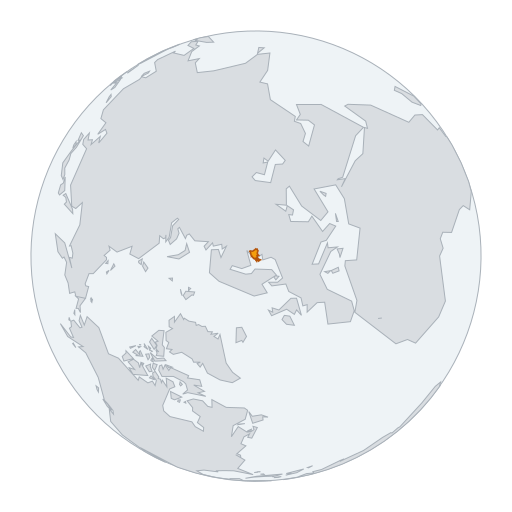 globe centered on Estonia, rotated 245°
{"feature_id": "EST", "entity_name": "Estonia", "entity_type": "country or territory", "adm_level": 0, "iso_a3": "EST", "parent_name": "Europe", "parent_adm1": "", "projection": "orthographic", "projection_center": [24.591, 58.582], "detail": "fine", "context": "on_globe", "style": "filled", "palette": "amber", "viewbox_px": 512, "rotation_deg": 245, "n_neighbors": 0, "source": "natural_earth", "source_scale": "50m", "svg_char_len": 12909}
<svg xmlns="http://www.w3.org/2000/svg" viewBox="0 0 512 512"><g transform="rotate(245 256 256)"><circle cx="256" cy="256" r="225" fill="#eef3f6" stroke="#a8b0b8"/><path d="M52.0,160.4L52.8,158.7L56.5,151.4L64.9,136.7L74.4,122.7L85.0,109.4L96.5,96.9L98.3,95.1L131.3,70.1L107.1,86.9L115.9,79.6L126.9,71.7L125.6,72.9L139.4,65.2L150.2,59.3L167.5,54.4L179.3,58.3L172.9,60.0L176.4,61.1L184.7,59.2L189.3,57.7L212.7,61.7L240.2,60.8L248.6,56.8L247.0,61.0L262.6,51.3L277.4,50.1L260.9,53.9L259.3,56.2L269.4,56.4L269.9,58.9L275.1,60.6L274.9,63.7L265.3,66.1L265.0,68.2L272.1,68.3L276.4,71.7L266.0,71.2L272.4,77.3L257.5,83.3L229.7,81.0L221.5,88.2L193.1,96.7L195.8,99.1L186.7,104.4L186.4,109.2L181.2,109.8L185.5,113.2L190.3,111.8L193.7,112.9L194.0,115.8L187.4,116.8L186.4,115.6L184.6,117.4L181.2,116.8L183.0,118.7L175.0,119.9L183.2,123.0L177.1,127.6L171.8,127.2L172.0,121.6L160.0,108.3L154.6,106.9L146.8,110.2L132.8,127.8L127.0,128.8L119.4,134.3L122.7,136.1L129.8,132.5L134.1,137.6L142.4,133.0L145.3,134.5L153.9,132.4L152.9,138.8L147.3,146.4L140.1,148.7L137.4,152.2L144.5,155.3L131.4,165.0L123.2,181.2L119.7,183.2L112.6,177.2L111.9,163.6L102.6,157.3L108.9,167.8L100.2,173.4L98.9,177.1L99.5,180.8L102.9,181.3L100.0,184.7L92.7,175.2L95.2,171.9L97.5,174.9L97.2,168.7L92.2,163.0L88.2,166.6L84.9,155.2L82.0,157.8L79.6,157.0L84.5,153.6L75.7,159.7L71.2,149.7L59.1,161.0L70.7,145.1L74.6,137.2L78.3,128.9L76.3,130.5L84.0,118.3L86.3,111.6L80.3,115.8L72.3,125.8L64.4,138.3L65.2,138.4L61.2,146.9L57.3,150.1L49.3,167.8L46.2,173.8L45.7,175.2L52.0,160.4ZM41.8,186.2L40.6,190.0L37.7,200.7L38.0,202.3L37.4,210.0L34.9,216.7L36.5,216.4L34.8,225.3L35.1,245.8L34.4,245.7L34.3,271.3L38.1,294.1L38.9,303.6L38.1,304.4L40.3,312.0L40.4,314.2L52.8,344.3L62.1,363.4L63.8,370.1L60.0,366.8L60.9,368.6L53.4,354.5L46.9,339.9L41.5,324.9L37.2,309.6L33.9,293.9L31.8,278.1L30.8,262.2L30.9,246.2L32.2,230.3L34.6,214.5L38.1,198.9L38.6,197.0L40.2,191.3L40.3,191.2L41.8,186.2ZM56.1,163.5L47.2,187.8L49.0,177.4L49.2,178.6L52.2,171.6L56.5,160.7L59.0,152.5L56.1,163.5ZM59.2,166.5L60.5,162.8L59.7,166.0L59.2,166.5ZM191.2,56.7L184.8,58.9L177.1,59.9L182.4,57.7L191.2,56.7ZM205.9,56.2L203.0,57.6L199.3,55.7L202.1,55.5L205.9,56.2ZM254.4,53.6L249.1,54.0L254.1,52.8L254.4,53.6ZM275.9,60.3L277.2,59.4L279.4,60.7L275.9,60.3ZM153.9,129.0L153.9,130.7L152.3,130.2L153.9,129.0ZM157.6,126.6L155.7,124.9L157.2,123.5L158.4,124.6L157.6,126.6ZM281.0,66.7L284.0,69.1L279.3,67.0L281.0,66.7ZM159.5,129.1L160.1,121.4L162.8,119.0L169.3,121.3L159.5,129.1ZM284.6,70.8L292.1,77.1L295.6,75.7L289.7,83.6L285.3,75.5L278.9,73.0L283.6,72.8L284.6,70.8ZM191.7,110.2L186.6,111.8L190.6,107.9L191.7,110.2ZM193.4,107.4L200.7,94.5L208.4,93.8L204.4,98.1L214.1,95.4L214.2,101.4L208.9,104.2L203.9,103.4L207.8,106.4L193.4,107.4ZM285.2,87.2L285.5,89.2L283.3,87.6L285.2,87.2ZM195.4,113.1L196.2,110.4L202.9,109.6L202.6,114.8L200.5,113.4L195.4,113.1ZM216.6,91.9L221.5,92.3L223.0,97.2L225.1,98.1L214.9,101.5L216.6,91.9ZM199.1,115.0L202.2,117.5L199.3,120.5L195.1,115.7L199.1,115.0ZM204.8,107.2L208.0,107.1L206.1,108.9L204.8,107.2ZM190.7,133.1L191.5,129.7L195.0,128.9L190.7,133.1ZM203.5,118.2L204.5,117.2L206.0,116.6L207.4,118.8L203.5,118.2ZM216.6,104.8L216.2,106.8L220.9,103.7L222.1,107.4L215.1,109.0L218.7,109.9L219.1,111.1L212.9,111.1L216.6,104.8ZM213.2,119.3L204.8,123.0L202.5,129.3L199.2,130.2L203.5,119.8L213.2,119.3ZM213.6,114.5L212.6,117.6L209.1,116.9L207.6,114.3L213.6,114.5ZM225.5,109.4L225.4,103.2L226.9,103.1L225.5,109.4ZM213.3,121.2L215.3,120.3L213.5,121.8L213.3,121.2ZM222.6,113.1L222.3,110.9L224.0,110.8L222.6,113.1ZM219.6,120.4L216.9,121.6L215.7,119.8L219.6,120.4ZM221.5,117.2L224.0,117.6L217.0,118.5L221.1,116.2L221.5,117.2ZM224.3,113.4L225.2,112.6L224.1,114.4L224.3,113.4ZM225.5,126.7L216.9,128.2L214.4,124.2L223.1,123.2L225.5,126.7ZM233.7,480.2L223.3,478.3L207.6,469.2L214.1,465.1L212.1,459.9L194.7,443.2L198.6,435.3L193.8,430.3L184.0,428.9L178.4,422.4L172.5,420.5L135.1,408.6L123.6,395.8L109.6,363.8L116.3,358.0L117.3,345.7L163.2,321.8L173.1,328.7L209.4,332.3L214.0,335.0L209.9,345.6L237.3,362.1L245.9,353.6L270.6,360.3L286.8,358.3L292.2,337.0L265.6,339.9L260.8,329.7L282.0,318.5L305.2,315.8L304.1,311.8L289.2,305.0L294.4,296.0L284.0,301.9L288.4,305.6L282.0,309.5L277.7,306.4L279.7,303.2L272.6,302.1L264.9,317.9L268.5,323.5L250.1,326.7L254.3,336.5L249.4,340.9L240.5,326.3L241.2,320.8L224.8,303.4L222.4,309.4L237.7,326.3L233.0,324.8L229.8,333.6L228.5,325.7L212.4,306.2L195.7,306.5L174.7,323.6L164.9,321.9L156.6,313.8L163.9,292.4L185.1,298.7L187.9,291.7L183.5,278.6L190.3,281.8L191.0,277.4L199.0,279.1L210.0,270.7L218.0,271.2L222.2,257.7L226.9,256.3L223.1,264.5L224.8,270.8L244.7,271.9L248.5,269.1L249.6,260.5L255.0,262.1L253.5,253.6L264.9,250.0L249.7,247.4L250.6,237.8L257.3,230.4L254.9,226.9L243.9,239.0L242.0,244.4L244.6,249.6L237.0,264.5L230.1,266.4L227.9,249.5L217.9,250.6L220.5,237.4L248.7,211.8L260.5,206.7L280.5,218.2L277.8,224.7L269.4,223.6L277.4,233.3L276.6,228.3L281.1,229.9L283.0,221.5L286.3,222.2L282.6,213.2L286.8,213.1L289.1,218.9L295.6,207.0L304.2,204.9L304.1,202.0L301.6,199.4L314.3,198.7L313.7,196.6L309.2,195.9L305.1,191.3L302.7,183.1L307.3,183.3L308.7,186.3L318.6,193.2L321.8,201.4L323.5,200.7L321.8,193.6L309.7,185.2L307.0,180.2L313.2,183.3L310.7,181.8L310.8,179.4L315.1,177.3L308.5,173.6L303.2,148.5L311.1,142.5L317.2,147.8L318.3,131.7L327.0,126.9L322.9,126.2L320.7,118.6L317.9,119.9L315.8,119.0L308.8,101.0L310.6,97.2L303.0,89.4L300.9,89.1L299.0,91.4L289.7,83.6L295.6,75.7L300.1,76.6L300.9,71.3L310.9,74.3L319.6,74.7L330.3,81.7L336.2,81.6L335.8,79.6L343.6,78.3L361.0,83.5L348.7,88.2L322.9,84.0L333.6,86.3L331.7,88.6L335.9,91.2L343.4,92.8L343.9,91.2L358.7,109.5L377.8,121.2L375.2,112.7L379.1,110.1L398.6,117.9L424.8,147.8L430.4,146.2L434.5,149.1L437.9,157.0L432.1,152.8L430.5,156.9L426.7,153.6L430.2,165.4L424.9,161.2L430.3,172.8L434.3,173.1L433.2,164.0L440.2,176.3L446.1,173.5L453.0,179.5L463.6,206.5L465.3,225.0L466.7,228.2L464.1,231.4L465.6,243.7L474.2,245.9L475.6,249.9L475.7,269.6L474.9,267.1L468.2,275.6L470.4,287.4L475.6,283.3L477.5,287.9L475.1,294.2L472.7,290.6L470.3,293.4L468.4,284.1L461.6,276.9L458.9,288.0L456.7,282.6L447.0,280.3L441.7,295.9L435.1,327.9L438.1,342.6L434.1,354.4L419.3,345.0L412.0,333.0L407.1,339.2L391.6,335.1L365.9,350.6L361.9,347.7L357.2,352.5L346.2,352.6L339.9,347.0L333.4,350.2L350.1,364.4L357.0,360.8L362.2,350.2L365.6,356.0L376.2,356.7L365.8,379.1L327.2,407.8L322.9,397.1L290.7,367.8L291.3,363.3L291.2,362.8L290.7,361.9L288.4,369.6L282.6,362.7L300.4,386.2L303.6,396.1L326.6,408.6L324.6,411.0L331.9,412.4L354.4,399.8L354.6,403.5L344.3,423.7L312.6,451.0L316.6,459.6L313.8,466.6L293.5,473.8L294.8,476.3L284.2,478.5L283.2,479.4L274.4,480.5L273.5,480.6L253.6,481.3L233.7,480.2ZM147.8,340.2L146.6,343.9L147.8,340.2ZM330.3,322.9L343.9,318.5L336.8,307.1L341.4,304.6L337.3,301.8L336.2,306.3L326.1,298.0L331.5,291.6L329.4,285.9L324.7,287.2L316.3,300.3L330.8,312.2L328.1,319.0L330.3,322.9ZM35.1,246.4L34.9,250.1L34.6,246.8L35.1,246.4ZM47.6,178.4L46.5,182.6L45.4,185.7L45.9,182.8L47.6,178.4ZM42.5,213.3L42.0,218.7L41.8,214.1L42.5,213.3ZM46.1,191.5L42.8,209.3L42.4,201.4L44.8,190.3L44.1,196.4L46.1,191.5ZM56.4,167.8L55.3,170.8L54.5,171.1L56.4,167.8ZM58.7,168.9L58.8,168.0L60.0,165.9L58.7,168.9ZM100.7,173.9L101.1,174.8L101.0,178.7L99.6,177.5L100.7,173.9ZM109.8,193.7L104.9,198.8L107.4,194.1L104.4,193.1L105.8,182.3L118.1,183.7L112.3,184.9L109.8,193.7ZM111.1,168.8L108.8,175.1L110.8,168.1L111.1,168.8ZM187.4,252.7L190.2,256.6L187.2,261.2L177.0,261.5L181.2,254.8L187.4,252.7ZM194.8,261.3L195.3,244.9L201.7,244.4L198.0,247.4L202.2,248.7L197.4,253.9L202.9,269.8L200.6,274.9L183.0,272.1L190.0,270.0L186.9,266.1L194.8,261.3ZM185.5,207.4L185.9,201.2L199.2,207.9L197.4,213.0L187.1,213.4L183.3,207.7L185.5,207.4ZM170.8,135.0L170.1,132.8L171.9,132.4L174.0,134.0L170.8,135.0ZM190.8,131.6L176.0,144.4L174.4,142.4L167.6,152.7L160.8,151.7L165.4,145.0L155.1,152.1L156.5,145.7L150.0,151.2L161.0,136.4L161.8,131.2L163.5,137.3L169.7,138.3L172.7,137.2L181.7,130.3L186.6,119.9L193.6,119.6L197.2,122.1L197.1,124.5L192.6,123.9L195.7,127.6L189.1,128.6L190.8,131.6ZM235.7,156.6L230.5,154.1L235.6,163.2L229.0,163.6L230.0,164.7L225.3,167.7L221.4,173.2L218.4,172.5L218.1,175.0L215.0,177.2L213.7,180.4L207.8,180.4L205.7,184.4L204.1,182.1L202.0,189.1L200.9,183.9L196.8,186.5L200.1,190.2L171.6,183.7L160.5,185.6L151.9,190.2L151.2,181.0L158.8,171.1L170.4,162.5L181.2,162.3L178.9,158.4L183.4,157.2L183.3,160.7L186.1,154.6L189.8,154.6L200.1,148.0L201.8,139.5L205.6,137.1L206.8,140.4L209.8,135.6L214.5,140.4L217.4,138.8L224.9,142.1L225.5,149.7L228.6,147.4L234.5,150.0L235.7,156.6ZM227.5,127.8L229.7,136.5L227.2,141.1L215.1,133.5L211.9,134.3L204.1,130.0L207.9,123.5L209.8,125.3L212.5,125.5L210.2,127.4L214.1,126.1L216.8,128.6L220.5,128.3L220.2,131.2L227.5,127.8ZM219.1,331.4L222.6,332.4L228.1,332.5L226.2,338.1L219.1,331.4ZM207.9,318.3L211.0,318.1L211.0,325.8L207.4,325.0L207.9,318.3ZM212.8,311.6L211.2,317.5L209.9,313.8L212.8,311.6ZM226.0,263.9L229.4,263.3L229.8,265.3L227.9,268.2L226.0,263.9ZM249.3,185.2L246.8,182.7L247.8,181.5L246.1,174.0L250.9,173.3L253.7,177.5L249.3,185.2ZM287.7,341.3L283.1,346.0L280.6,344.3L282.7,343.1L287.7,341.3ZM253.2,343.6L261.1,346.0L252.5,345.1L253.2,343.6ZM254.2,183.1L253.0,180.1L256.1,181.6L254.2,183.1ZM254.2,172.4L257.9,173.5L251.2,172.3L254.2,172.4ZM350.9,453.7L334.2,466.6L324.0,469.9L322.8,468.9L329.5,462.4L341.6,456.7L347.7,451.4L350.9,453.7ZM477.3,297.9L475.1,305.6L467.7,308.0L470.4,301.6L477.3,291.7L477.0,294.6L478.5,290.6L477.7,295.8L477.3,297.9ZM480.3,276.5L480.2,274.0L480.3,268.4L480.8,263.7L479.4,233.4L479.6,229.6L480.7,240.3L480.7,239.8L481.3,258.2L480.3,276.5ZM439.1,343.1L443.8,346.7L441.2,351.4L439.1,343.1ZM476.6,217.7L478.7,230.3L476.0,216.7L476.6,217.7ZM473.7,207.3L474.7,209.3L474.0,210.0L473.7,207.3ZM468.8,231.9L468.5,237.6L467.4,235.9L467.1,227.7L468.8,231.9ZM458.2,184.9L462.3,190.2L463.7,192.9L461.6,192.1L458.2,184.9ZM293.0,175.1L290.0,186.1L291.0,194.1L296.5,198.4L287.4,197.3L285.9,184.9L293.0,175.1ZM301.5,151.7L296.7,148.3L299.5,146.9L301.0,147.4L301.5,151.7ZM298.0,151.7L290.7,153.0L288.5,149.3L294.7,148.9L298.0,151.7ZM272.5,167.8L271.3,171.0L268.8,169.6L272.5,167.8ZM476.3,209.1L476.4,210.1L477.7,217.0L474.1,200.5L474.7,201.8L476.3,209.1ZM474.7,204.2L476.0,210.5L473.9,202.0L474.7,204.2ZM475.7,210.3L474.7,207.9L474.3,204.5L475.7,210.3ZM474.3,201.8L472.1,195.9L472.9,196.9L474.3,201.8ZM471.9,203.0L472.9,199.6L473.5,208.2L468.4,199.3L467.8,194.5L471.9,203.0ZM435.8,141.4L433.2,140.1L431.1,135.5L433.6,137.7L435.8,141.4ZM422.1,120.3L429.7,133.9L435.4,145.5L436.0,143.6L441.5,149.8L438.0,150.4L430.5,139.4L427.1,131.5L422.0,127.2L416.6,119.9L410.7,117.2L406.9,113.4L411.2,113.5L422.1,120.3ZM408.3,116.5L396.1,110.3L394.4,103.7L396.7,103.5L403.0,109.0L403.5,112.2L408.3,116.5ZM392.6,106.9L393.0,110.0L375.9,109.5L371.8,107.9L384.0,104.2L385.0,107.0L389.5,108.4L392.6,106.9ZM287.8,88.9L285.7,89.2L286.8,87.7L287.8,88.9ZM314.3,120.0L311.6,118.5L312.9,116.6L314.3,120.0ZM304.7,113.6L305.1,116.8L302.8,113.3L304.7,113.6ZM306.4,123.9L304.4,118.0L309.0,123.8L306.4,123.9Z" fill="#d9dde1" stroke="#a8b0b8" stroke-width="1"/><path d="M261.8,260.0L261.5,260.0L261.1,259.9L261.0,259.7L260.9,259.7L260.7,259.8L260.1,260.1L259.9,260.0L259.6,259.8L259.4,259.6L259.0,259.1L258.9,258.9L258.5,258.8L258.4,258.6L258.2,258.6L257.6,258.1L257.4,258.1L257.4,258.3L257.2,258.2L256.7,258.3L256.4,258.3L255.7,258.7L255.5,258.8L255.4,258.8L255.5,258.6L255.7,257.9L255.8,257.3L255.9,257.2L255.9,256.9L255.6,256.8L255.4,257.0L255.0,257.2L254.8,257.1L254.3,256.9L254.2,256.6L254.2,256.3L253.9,256.0L253.8,255.7L254.1,255.3L254.1,255.2L253.8,255.2L253.6,254.6L253.8,254.5L253.8,254.3L253.7,254.2L253.8,254.1L253.8,253.9L253.8,253.6L254.1,253.4L254.4,253.3L255.0,253.2L254.9,252.9L255.2,252.9L255.6,252.5L256.0,252.6L256.6,252.3L257.7,252.3L257.9,252.1L257.8,251.8L258.0,251.9L258.4,251.8L259.7,252.1L260.1,252.1L260.5,252.4L260.8,252.5L261.5,252.5L262.6,252.6L262.8,252.3L263.1,252.6L263.1,252.8L262.9,252.9L262.9,253.0L262.7,253.0L262.6,253.4L262.4,254.0L262.1,254.4L261.9,254.7L261.8,254.9L261.8,255.1L261.8,255.3L262.0,256.4L262.1,256.7L262.0,256.9L262.0,257.1L262.0,257.3L262.2,257.6L262.4,258.1L262.4,258.4L262.5,258.5L262.6,258.8L262.2,258.9L262.1,259.1L261.9,259.5L261.8,259.9L261.8,260.0ZM252.0,255.8L252.4,255.8L252.7,255.9L253.3,256.4L253.4,256.5L253.0,256.5L252.9,256.7L252.8,256.8L252.7,256.8L252.5,257.0L252.2,257.2L252.1,257.3L251.7,257.3L251.4,257.4L251.2,257.6L251.1,258.0L250.9,258.3L250.6,258.5L250.6,258.3L250.6,258.2L250.9,257.7L251.0,257.6L250.8,257.5L250.7,257.3L250.4,257.1L250.5,256.9L250.6,256.7L250.4,256.2L250.5,256.2L250.8,256.3L251.0,256.2L251.4,255.9L251.7,255.8L251.8,255.8L252.0,255.8ZM252.6,255.0L252.4,255.2L252.1,255.4L251.8,255.5L251.7,255.4L251.6,254.8L251.4,254.7L251.1,254.7L250.9,254.5L251.7,254.4L251.8,254.2L252.0,254.0L252.6,254.3L252.7,254.6L252.8,255.0L252.6,255.0ZM253.4,256.1L252.9,255.9L253.0,255.7L253.4,255.7L253.5,256.0L253.4,256.1Z" fill="#f59e0b" stroke="#b45309" stroke-width="1.5"/></g></svg>